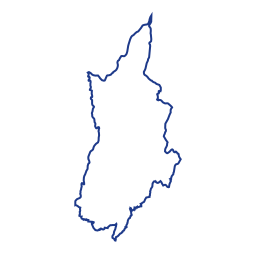 outline of Bucaramanga, Santander, Colombia
{"feature_id": "7082276B15400349523065", "entity_name": "Bucaramanga", "entity_type": "district", "adm_level": 2, "iso_a3": "COL", "parent_name": "Colombia", "parent_adm1": "Santander", "projection": "equal_earth", "projection_center": [-73.115, 7.167], "detail": "fine", "context": "isolated", "style": "outline", "palette": "blue", "viewbox_px": 256, "rotation_deg": 0, "n_neighbors": 0, "source": "geoboundaries", "source_scale": "gbopen_adm2", "svg_char_len": 5773}
<svg xmlns="http://www.w3.org/2000/svg" viewBox="0 0 256 256"><path d="M160.5,91.2L160.8,90.3L160.8,87.6L160.2,86.4L159.3,84.9L156.4,83.9L155.3,82.8L153.5,82.1L152.4,81.4L151.9,80.7L150.9,80.4L150.1,79.8L148.5,78.4L147.8,77.3L146.4,75.9L144.6,74.8L144.1,74.0L143.9,72.9L143.9,71.8L144.9,70.0L145.5,68.5L146.7,63.2L147.9,60.6L148.1,59.2L149.1,57.4L150.1,46.8L150.2,46.1L150.0,44.6L149.4,43.8L149.3,43.1L149.6,42.5L150.8,41.6L151.1,41.2L151.3,39.2L150.9,34.8L150.6,33.4L150.8,30.8L150.7,28.7L150.2,27.6L149.2,26.4L149.1,25.9L149.2,25.2L150.6,23.0L151.2,21.7L151.4,15.4L150.4,17.0L149.6,19.3L149.4,20.7L148.9,22.1L148.4,23.3L147.8,24.1L147.1,24.4L144.1,24.9L142.6,25.5L141.0,28.0L138.5,31.1L138.1,31.5L136.6,32.1L134.9,33.6L133.6,35.0L132.1,35.9L131.5,36.6L131.1,37.2L130.2,39.2L128.7,44.0L128.2,45.8L127.3,51.4L126.6,53.8L125.6,55.2L124.5,56.1L124.0,56.2L122.0,56.0L121.3,56.1L119.9,58.2L119.0,60.1L118.0,60.8L117.6,61.6L117.4,62.6L117.9,65.0L117.7,66.6L117.2,68.2L116.3,69.8L115.3,70.7L113.2,72.1L112.8,72.9L112.0,73.3L110.8,74.7L108.9,75.3L107.4,75.4L106.9,75.7L105.6,78.6L105.2,79.7L104.7,80.5L103.9,80.7L102.0,80.2L100.1,78.3L99.5,77.3L98.0,75.5L95.4,75.6L93.4,75.2L92.2,74.6L90.7,73.1L89.2,72.2L88.8,72.1L87.8,72.6L88.7,73.9L88.6,75.1L88.2,75.8L88.1,76.5L88.5,76.9L89.3,76.9L89.6,77.3L89.7,77.7L89.5,78.6L88.6,80.0L88.6,80.6L88.9,80.8L89.5,80.4L90.1,80.5L90.4,80.8L90.6,81.7L90.6,82.4L90.4,83.6L90.4,85.1L90.4,85.8L90.8,86.6L90.8,87.3L90.8,87.9L89.9,89.4L89.9,89.9L91.7,90.5L91.9,90.7L91.7,93.6L92.2,95.9L92.2,96.8L92.0,97.1L91.2,97.2L91.0,97.4L90.8,98.4L90.9,98.9L91.8,99.7L92.1,100.2L92.1,103.6L92.3,104.7L92.6,105.2L93.8,106.4L94.0,106.9L92.9,108.8L92.5,111.4L91.9,113.0L91.9,113.5L92.2,114.6L92.2,116.1L92.8,117.4L93.9,118.4L94.3,119.1L94.6,122.2L95.3,123.3L95.4,124.1L95.1,126.1L95.8,127.7L96.2,128.2L96.8,128.3L98.2,127.1L98.8,127.2L99.0,127.4L99.2,128.3L98.9,128.9L98.8,130.3L98.5,131.0L98.9,132.7L99.1,135.3L98.7,137.6L98.6,140.5L98.0,142.4L96.0,143.8L94.3,145.8L93.6,147.3L93.1,149.2L92.5,150.0L90.7,151.3L90.2,152.0L88.4,156.6L88.3,157.5L88.4,159.1L89.3,161.2L89.5,162.5L89.2,163.1L88.6,163.4L88.3,163.9L87.7,165.8L87.6,168.4L87.4,169.3L86.5,170.6L85.1,174.5L84.4,175.7L83.9,177.5L83.7,180.4L84.1,182.7L84.2,184.1L84.0,184.3L83.7,184.3L82.4,183.2L82.0,183.1L81.5,183.9L81.5,184.8L81.7,186.5L81.3,188.0L81.0,189.7L80.5,191.0L80.5,192.9L80.2,193.9L80.7,195.0L80.8,196.1L80.7,197.0L79.7,198.0L77.1,199.1L75.7,200.5L75.4,201.0L75.3,201.8L75.3,205.1L75.5,205.0L76.3,205.3L77.6,206.0L78.9,207.1L80.3,207.6L80.0,208.9L80.2,210.5L80.0,211.5L79.7,211.9L79.8,212.2L79.9,214.4L79.5,214.9L79.6,215.4L79.4,215.8L80.9,216.6L81.5,216.6L81.2,217.3L81.7,218.6L83.7,219.3L83.7,219.1L84.1,219.1L84.3,218.4L84.3,219.2L84.1,219.7L86.1,219.4L86.1,220.1L87.2,220.2L87.3,219.8L88.4,220.0L88.3,221.5L92.4,221.8L93.7,222.2L93.7,222.6L92.9,223.4L92.2,223.1L91.8,223.1L91.9,224.2L93.5,227.9L95.0,229.6L95.3,229.8L95.4,230.1L96.9,230.4L97.8,230.5L98.7,229.8L99.5,230.0L99.7,229.8L99.7,229.2L100.2,229.0L100.5,229.2L100.7,228.6L101.2,228.6L103.0,229.5L103.6,229.4L104.4,228.8L104.7,227.7L107.7,228.1L108.1,227.0L110.3,225.2L111.6,225.2L112.9,225.0L114.5,225.1L115.1,224.9L116.3,223.9L116.4,224.3L116.1,225.4L116.1,226.1L115.5,227.9L115.4,228.8L114.1,231.7L113.7,234.2L112.6,235.7L112.4,236.4L112.4,237.2L112.5,237.8L114.3,239.0L114.8,240.3L115.3,240.6L115.5,240.6L115.8,239.2L115.7,238.4L116.0,237.1L116.6,236.9L118.0,236.0L120.3,233.5L121.0,233.3L121.8,232.7L121.9,232.3L122.5,232.0L122.6,231.4L123.6,230.5L123.9,230.5L124.4,229.7L124.5,229.1L124.9,228.6L125.5,228.0L125.4,227.4L126.0,227.5L126.6,227.0L126.1,226.4L126.4,225.6L126.4,225.2L127.4,223.4L127.4,222.6L127.7,222.1L127.8,220.9L127.9,220.4L128.6,219.0L129.2,218.2L129.9,218.0L130.6,215.9L130.9,215.9L131.1,215.7L131.2,215.2L131.7,214.9L131.2,213.4L131.1,211.9L130.0,208.9L130.4,208.6L130.4,208.0L131.0,208.3L131.8,210.8L134.2,209.4L134.3,208.8L134.7,209.5L134.9,209.1L134.6,207.6L134.9,207.4L135.8,207.7L137.1,206.8L137.2,207.5L137.4,207.3L137.5,206.9L138.7,207.1L140.5,206.1L140.8,206.3L140.9,206.1L141.3,206.1L141.2,204.2L140.9,204.3L140.7,203.8L141.5,203.6L142.4,202.7L143.9,202.0L144.5,201.0L145.1,199.4L146.3,197.5L149.6,196.9L149.6,195.8L150.0,195.1L149.9,194.2L150.3,192.5L150.3,191.8L150.1,191.3L150.5,190.5L150.9,188.8L152.3,186.7L152.6,183.4L153.7,181.7L154.2,181.3L154.8,181.3L155.7,181.9L155.8,181.7L156.1,182.2L157.3,182.9L158.5,182.7L160.5,181.1L161.4,182.2L162.2,183.9L163.2,185.5L164.0,185.1L165.0,184.8L165.6,184.9L166.2,185.4L167.4,186.9L168.5,187.2L169.0,187.0L169.3,185.2L169.6,183.8L170.9,181.0L170.8,180.1L170.8,179.8L170.6,179.8L170.7,179.3L170.2,178.9L170.5,178.7L170.6,179.1L170.8,179.2L171.1,179.1L171.1,178.4L171.7,176.2L173.3,174.2L173.5,172.6L173.8,172.2L174.0,171.2L174.8,166.2L175.3,165.1L176.2,164.2L177.4,164.0L178.0,163.7L178.4,163.3L180.7,159.2L179.8,158.0L179.0,156.5L178.8,155.6L178.7,154.6L178.5,153.9L178.1,153.6L177.6,153.6L177.2,152.9L176.1,151.7L175.7,151.6L174.9,152.3L173.8,151.8L173.5,151.2L173.2,150.3L172.6,149.6L172.2,149.4L171.6,149.6L170.8,150.3L169.6,151.7L167.6,153.1L166.9,153.1L165.8,152.3L165.0,151.3L165.2,149.4L165.5,148.4L166.1,147.4L167.0,145.4L167.2,143.3L167.6,142.3L165.8,139.8L163.8,136.3L164.1,135.1L164.7,133.9L165.2,132.1L165.7,131.5L165.9,130.8L165.9,129.9L165.3,128.5L165.2,127.8L165.3,124.6L165.4,123.6L167.9,119.2L169.6,114.7L170.7,112.4L170.6,111.2L170.7,109.7L171.4,108.3L172.1,107.5L171.8,106.9L170.5,105.6L168.1,103.5L167.5,103.3L165.2,103.4L164.5,103.2L162.9,102.3L161.4,100.6L160.6,100.1L159.3,99.9L158.4,100.3L158.0,100.2L157.1,99.6L157.3,99.1L157.8,98.8L157.9,98.1L157.8,96.1L157.5,95.1L157.2,94.6L157.3,94.0L157.6,93.7L158.6,93.5L159.0,92.8L159.0,92.3L158.7,91.8L158.8,91.1L159.6,90.9L160.5,91.2Z" fill="none" stroke="#1e3a8a" stroke-width="2"/></svg>